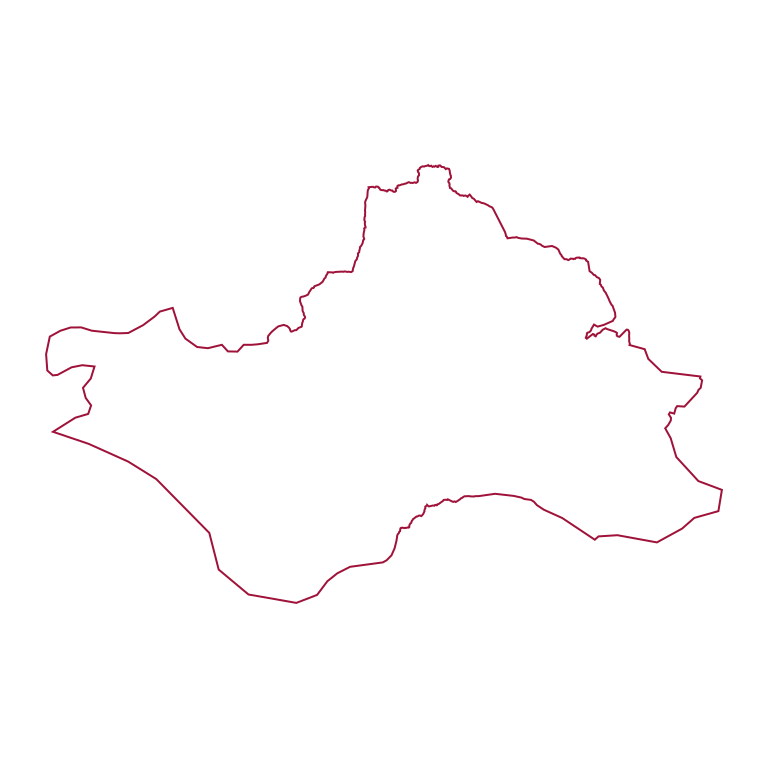 the district of Krachi Nchumuru, Volta, Ghana
{"feature_id": "2480657B73751367479109", "entity_name": "Krachi Nchumuru", "entity_type": "district", "adm_level": 2, "iso_a3": "GHA", "parent_name": "Ghana", "parent_adm1": "Volta", "projection": "natural_earth1", "projection_center": [-0.055, 8.189], "detail": "fine", "context": "isolated", "style": "outline", "palette": "rose", "viewbox_px": 768, "rotation_deg": 0, "n_neighbors": 0, "source": "geoboundaries", "source_scale": "gbopen_adm2", "svg_char_len": 6107}
<svg xmlns="http://www.w3.org/2000/svg" viewBox="0 0 768 768"><path d="M700.4,376.5L661.7,371.8L648.3,358.9L644.7,349.2L629.5,345.0L629.9,343.9L629.3,342.1L629.1,340.2L629.3,339.5L629.1,336.0L629.3,332.9L628.7,330.8L627.9,329.8L626.7,329.6L626.3,329.9L619.5,336.8L617.8,336.4L616.8,335.7L616.7,334.3L617.0,333.0L616.1,332.3L614.0,331.3L606.9,329.0L605.6,328.2L602.6,329.8L600.0,332.7L597.4,333.7L596.5,334.8L595.7,336.3L594.4,335.6L594.2,334.6L592.9,334.0L586.8,338.7L585.8,337.8L586.8,335.3L586.9,333.3L587.6,332.7L589.2,332.2L590.0,331.6L591.1,330.2L591.5,328.7L594.0,324.6L597.6,326.6L603.8,324.9L612.8,320.9L613.6,319.4L615.3,317.2L615.4,316.6L615.0,312.6L612.5,305.7L611.5,304.8L609.8,301.6L608.2,297.8L605.7,292.7L603.9,290.5L602.8,287.5L601.5,286.5L600.8,284.7L599.8,284.0L600.2,279.9L599.1,278.2L596.7,277.0L595.0,275.1L593.8,274.9L591.8,272.7L589.6,271.2L588.1,261.8L586.1,260.5L586.2,259.9L586.1,259.6L584.5,258.6L582.8,258.2L582.2,258.4L579.9,258.1L579.9,257.7L579.5,257.5L576.6,257.7L576.0,257.9L575.0,258.9L574.2,258.7L573.4,259.1L573.0,258.8L570.7,258.6L569.2,259.7L568.2,260.1L566.6,259.2L564.5,259.2L561.7,256.1L561.6,255.4L560.1,253.5L558.4,249.6L556.0,247.7L552.0,246.0L544.6,247.0L542.0,245.7L540.7,244.5L538.9,243.8L537.8,243.7L533.8,240.5L526.9,238.7L521.5,238.5L518.0,237.8L516.5,237.1L515.0,237.5L513.0,237.5L507.5,238.3L506.8,236.6L506.0,236.0L505.7,234.2L504.9,231.8L493.6,209.7L492.4,207.7L491.5,207.1L489.5,206.3L487.9,205.2L484.1,203.4L481.7,202.9L478.4,201.4L478.0,201.2L476.6,202.0L474.0,198.9L472.1,197.9L471.6,197.0L469.7,194.6L468.4,195.6L467.6,196.8L466.2,195.8L465.2,195.5L463.6,195.9L462.7,195.4L460.2,195.5L458.3,193.9L457.5,193.6L456.4,192.9L455.9,191.6L455.2,191.2L454.4,191.4L453.1,190.8L451.1,188.3L450.0,188.0L449.4,185.5L449.6,184.6L449.4,183.3L448.4,182.0L448.5,180.5L449.1,179.3L450.2,179.0L451.0,177.6L450.8,175.5L450.4,174.9L449.9,172.7L449.7,170.7L449.0,168.9L446.8,168.4L445.8,169.1L444.0,167.2L441.5,166.9L441.0,166.2L440.0,165.4L438.5,165.6L438.3,166.8L437.9,167.0L437.4,167.0L436.8,166.4L435.9,166.2L435.7,165.9L434.4,166.7L433.7,166.3L432.4,166.9L431.2,165.7L430.0,166.2L429.4,165.8L428.8,165.9L428.1,165.1L427.1,165.7L424.5,166.3L424.0,166.6L422.9,166.3L421.4,166.8L420.0,167.8L419.6,169.0L418.1,169.9L417.7,170.5L418.0,171.9L418.5,172.3L418.9,173.2L419.1,175.1L418.0,176.5L417.6,178.8L418.0,180.4L417.5,182.0L416.0,182.9L414.6,182.3L412.7,183.0L411.7,182.8L410.4,182.9L409.6,182.4L408.6,182.2L405.8,183.6L405.1,183.6L403.2,184.3L401.9,184.4L399.4,185.4L398.4,185.3L397.3,186.2L397.5,187.8L396.2,188.2L395.7,188.6L396.0,190.7L395.8,191.3L394.9,191.8L393.6,191.8L393.1,191.5L392.4,190.6L391.5,190.6L389.5,189.7L388.3,190.0L387.5,191.2L387.0,191.5L386.5,191.4L386.1,190.9L385.3,190.6L384.3,190.6L383.6,190.1L382.0,190.2L380.4,189.8L379.1,187.7L378.7,187.7L378.2,186.9L377.5,186.6L375.9,186.6L375.1,187.5L373.6,187.2L373.0,186.8L368.6,187.2L368.9,188.5L368.2,189.4L367.7,191.0L367.3,197.0L365.4,201.1L365.1,202.6L365.4,205.6L365.0,210.7L365.2,212.2L365.0,214.7L365.2,215.9L364.5,217.3L364.5,219.0L364.3,219.5L364.6,220.9L365.1,221.7L364.8,223.3L365.0,225.2L365.6,227.0L365.5,227.6L364.8,227.7L364.2,228.4L364.4,230.0L363.7,233.0L363.4,236.5L364.2,238.8L364.1,239.3L363.2,240.2L362.6,243.2L361.2,245.8L360.0,247.1L359.8,249.1L359.3,250.6L359.3,251.8L359.0,252.5L357.9,253.4L358.1,255.1L358.0,255.9L357.0,258.0L356.8,259.4L355.6,260.7L355.2,261.5L353.8,266.8L353.2,267.9L352.6,271.2L351.1,272.1L348.7,271.7L347.3,271.9L344.7,271.4L343.4,271.8L342.4,271.6L336.2,271.9L334.3,272.2L333.1,272.8L332.5,272.4L327.8,272.2L327.6,272.6L327.6,273.4L325.9,276.0L325.6,277.5L324.4,278.5L322.8,281.5L322.1,282.2L319.3,284.4L314.6,286.2L314.2,286.5L314.0,287.4L313.4,288.0L312.2,288.1L311.6,288.5L309.2,292.2L308.0,294.6L305.7,295.7L303.6,296.5L302.3,296.6L300.6,297.3L300.2,298.2L300.0,301.2L301.4,305.1L302.4,306.8L302.6,311.0L303.7,313.0L303.8,314.8L305.0,316.8L305.1,317.7L304.4,318.7L303.5,319.2L303.2,319.7L302.8,321.6L302.2,323.1L301.8,326.3L301.5,326.8L298.5,327.9L296.4,330.1L294.8,330.2L291.7,331.6L290.9,331.5L290.3,330.5L289.9,329.0L289.0,327.7L287.2,326.1L283.7,324.9L278.6,326.3L277.8,326.7L272.6,331.0L270.6,333.0L268.2,336.0L267.8,337.8L268.3,340.7L267.0,342.9L257.7,344.3L251.6,344.8L243.7,344.8L237.5,351.6L227.9,351.4L221.9,344.8L207.9,348.2L197.1,347.0L185.4,338.6L179.5,329.3L172.7,307.9L159.8,311.6L154.8,316.4L143.2,325.1L128.3,333.0L119.5,333.3L114.2,333.1L91.8,330.7L81.2,327.4L70.6,327.5L60.5,330.7L49.8,336.6L46.1,354.2L47.3,370.5L52.8,375.4L57.5,374.9L71.6,367.3L82.3,365.2L94.5,366.5L90.8,378.5L83.0,387.8L85.7,397.9L91.1,405.4L88.2,413.9L75.3,417.7L53.0,431.8L88.5,443.8L128.2,461.6L156.3,479.1L209.3,532.9L218.7,569.6L248.5,594.5L296.3,602.9L317.1,594.9L327.4,581.2L337.3,573.3L350.1,566.8L382.8,562.4L386.6,560.3L391.5,555.3L394.6,548.3L396.5,540.6L397.3,535.2L397.9,534.1L398.8,533.2L399.2,531.8L400.0,531.3L400.4,528.4L401.0,527.9L401.5,528.0L402.2,527.6L404.2,528.1L405.1,527.8L406.0,528.0L408.2,527.3L408.7,527.6L409.2,527.3L409.4,525.2L410.4,523.4L411.2,522.9L411.8,520.9L412.4,520.3L412.9,519.3L416.5,516.5L417.2,516.5L419.2,515.5L420.6,515.7L421.2,516.1L421.9,515.6L423.2,514.0L424.5,511.2L424.4,510.1L425.4,508.0L425.2,506.9L425.5,506.4L426.9,505.5L427.1,504.9L428.5,506.3L429.7,506.3L432.8,505.5L434.4,505.7L435.0,505.0L435.7,504.9L436.7,505.3L437.0,505.2L437.4,504.3L438.5,504.1L443.1,500.8L443.6,500.0L444.3,499.8L446.6,499.8L447.1,500.0L447.8,499.3L452.6,501.7L453.5,501.9L454.2,501.4L455.2,501.6L455.6,502.0L456.2,501.8L459.9,499.4L461.3,498.1L462.6,497.6L463.3,496.9L464.5,496.3L469.3,496.1L470.4,496.4L474.2,496.5L474.7,496.2L478.9,496.1L495.1,493.8L513.7,495.9L521.5,497.6L524.3,499.0L531.0,499.9L533.9,501.7L536.9,505.1L543.8,509.7L562.2,518.0L594.8,539.7L598.5,536.4L617.4,535.2L656.9,542.4L682.1,528.6L694.3,517.9L718.4,511.1L721.9,489.9L698.4,481.1L676.3,457.0L670.7,438.2L665.2,428.3L668.2,425.0L670.8,420.5L671.0,417.8L668.8,414.4L670.0,412.4L674.2,413.6L675.7,408.2L677.2,406.1L684.4,406.6L697.2,392.8L698.5,389.9L700.7,387.8L702.1,380.3L700.0,378.4L700.4,376.5Z" fill="none" stroke="#9f1239" stroke-width="2"/></svg>